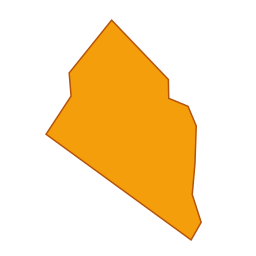 Saint John Capesterre, Albers equal-area conic projection, rotated 185°
{"feature_id": "KNA-5104", "entity_name": "Saint John Capesterre", "entity_type": "Parish", "adm_level": 1, "iso_a3": "KNA", "parent_name": "Saint Kitts and Nevis", "parent_adm1": "", "projection": "albers", "projection_center": [-62.805, 17.383], "detail": "fine", "context": "isolated", "style": "filled", "palette": "amber", "viewbox_px": 256, "rotation_deg": 185, "n_neighbors": 0, "source": "natural_earth", "source_scale": "10m", "svg_char_len": 313}
<svg xmlns="http://www.w3.org/2000/svg" viewBox="0 0 256 256"><g transform="rotate(185 128 128)"><path d="M46.9,40.4L55.4,22.0L209.1,114.6L187.5,154.8L191.4,177.7L153.7,234.0L92.0,179.8L90.0,161.1L70.1,154.8L60.2,136.0L58.2,98.5L58.2,67.3L46.9,40.4Z" fill="#f59e0b" stroke="#b45309" stroke-width="1.5"/></g></svg>